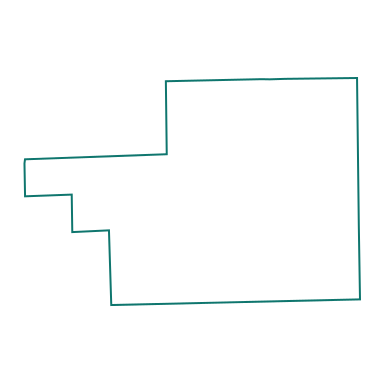 Fulton, Indiana, United States of America, rotated 179°
{"feature_id": "52423323B46497770256084", "entity_name": "Fulton", "entity_type": "district", "adm_level": 2, "iso_a3": "USA", "parent_name": "United States of America", "parent_adm1": "Indiana", "projection": "mercator", "projection_center": [-86.178, 41.041], "detail": "fine", "context": "isolated", "style": "outline", "palette": "teal", "viewbox_px": 384, "rotation_deg": 179, "n_neighbors": 0, "source": "geoboundaries", "source_scale": "gbopen_adm2", "svg_char_len": 351}
<svg xmlns="http://www.w3.org/2000/svg" viewBox="0 0 384 384"><g transform="rotate(179 192 192)"><path d="M274.7,80.4L25.9,81.7L25.8,155.6L25.0,303.1L96.9,303.5L112.3,303.3L120.5,303.6L216.2,303.2L216.6,230.2L358.4,227.6L359.0,223.5L359.0,190.6L312.3,191.5L312.4,154.0L275.7,155.1L274.7,80.4Z" fill="none" stroke="#0f766e" stroke-width="2"/></g></svg>